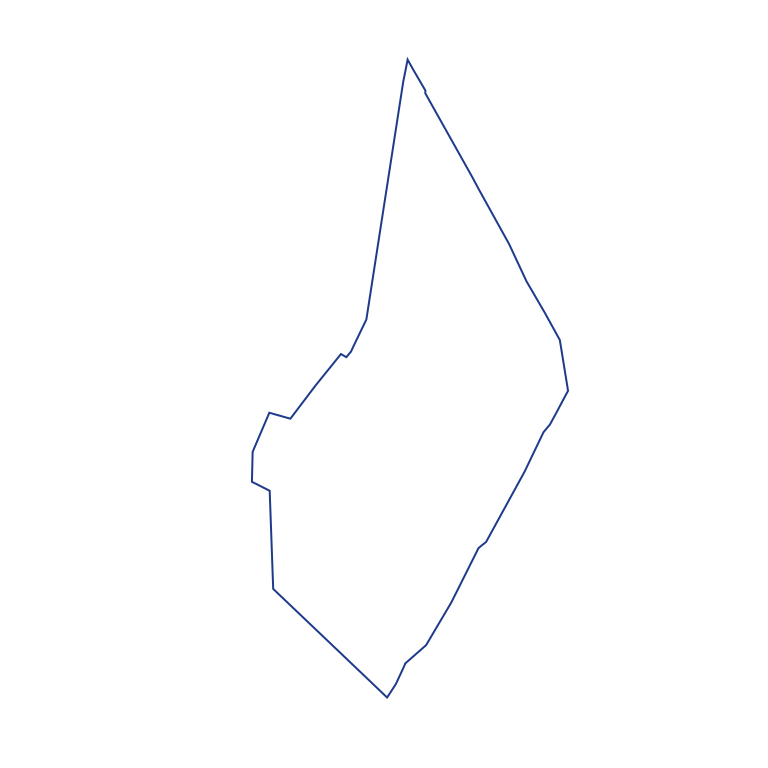 the district of At Tadamon - BN, Blue Nile, Sudan, rotated 158°
{"feature_id": "16777658B66976297159843", "entity_name": "At Tadamon - BN", "entity_type": "district", "adm_level": 2, "iso_a3": "SDN", "parent_name": "Sudan", "parent_adm1": "Blue Nile", "projection": "equal_earth", "projection_center": [33.588, 11.572], "detail": "fine", "context": "isolated", "style": "outline", "palette": "blue", "viewbox_px": 768, "rotation_deg": 158, "n_neighbors": 0, "source": "geoboundaries", "source_scale": "gbopen_adm2", "svg_char_len": 740}
<svg xmlns="http://www.w3.org/2000/svg" viewBox="0 0 768 768"><g transform="rotate(158 384 384)"><path d="M215.8,308.8L215.6,310.3L215.4,310.9L204.5,358.9L208.3,390.4L213.4,425.7L215.6,467.0L223.1,528.4L224.7,543.2L236.8,638.1L235.7,640.6L239.2,664.9L240.6,675.9L244.3,670.2L252.9,657.1L319.3,545.8L376.2,450.4L395.9,432.5L402.5,426.4L408.9,423.0L412.7,427.9L448.3,408.1L483.8,386.9L501.1,400.3L531.2,370.3L543.1,342.8L530.0,327.8L563.5,235.5L521.7,143.3L505.4,107.3L498.6,92.2L495.3,94.4L485.1,101.6L470.3,115.5L469.1,116.9L442.8,126.1L403.6,156.1L397.1,161.8L357.9,196.4L354.6,197.5L348.5,199.3L286.2,250.3L275.5,260.1L254.1,279.6L245.3,284.3L237.6,290.6L217.9,307.1L215.8,308.8Z" fill="none" stroke="#1e3a8a" stroke-width="2"/></g></svg>